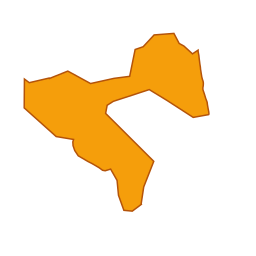 Morne Road, Castries, Saint Lucia (Equal Earth projection), rotated 341°
{"feature_id": "8701671B28120595422367", "entity_name": "Morne Road", "entity_type": "district", "adm_level": 2, "iso_a3": "LCA", "parent_name": "Saint Lucia", "parent_adm1": "Castries", "projection": "equal_earth", "projection_center": [-60.995, 14.006], "detail": "fine", "context": "isolated", "style": "filled", "palette": "amber", "viewbox_px": 256, "rotation_deg": 341, "n_neighbors": 0, "source": "geoboundaries", "source_scale": "gbopen_adm2", "svg_char_len": 1007}
<svg xmlns="http://www.w3.org/2000/svg" viewBox="0 0 256 256"><g transform="rotate(341 128 128)"><path d="M202.2,53.5L183.0,48.5L168.8,56.1L160.3,56.1L146.4,79.7L130.9,76.5L107.3,73.8L107.1,73.8L89.6,54.6L69.7,55.6L69.7,55.1L49.4,53.0L46.0,48.0L36.4,75.2L57.3,112.7L72.8,121.1L71.3,123.2L70.3,126.8L70.3,132.0L71.9,138.1L79.3,146.7L82.4,149.9L87.8,156.2L90.2,159.7L92.5,161.0L98.2,161.2L100.6,174.0L97.1,188.5L97.3,204.5L105.0,208.0L115.8,204.5L115.7,204.1L123.7,188.8L141.5,167.9L111.6,106.9L115.7,99.7L122.8,98.0L160.6,98.6L173.9,114.7L193.1,139.2L208.6,141.6L209.1,141.1L209.6,139.1L210.1,135.5L210.7,131.8L211.2,129.5L211.2,127.8L211.1,125.5L211.3,120.4L211.3,118.6L211.3,116.4L211.8,114.5L212.8,112.7L213.3,111.6L213.9,110.0L214.2,108.3L214.2,106.1L214.4,103.6L214.7,102.0L215.1,99.6L215.4,98.0L215.7,96.2L216.3,93.8L216.8,90.8L217.3,88.5L217.9,85.6L218.6,82.6L218.9,80.5L219.2,78.6L219.6,77.2L213.1,78.9L207.6,68.8L203.9,64.7L202.2,53.5Z" fill="#f59e0b" stroke="#b45309" stroke-width="1.5"/></g></svg>